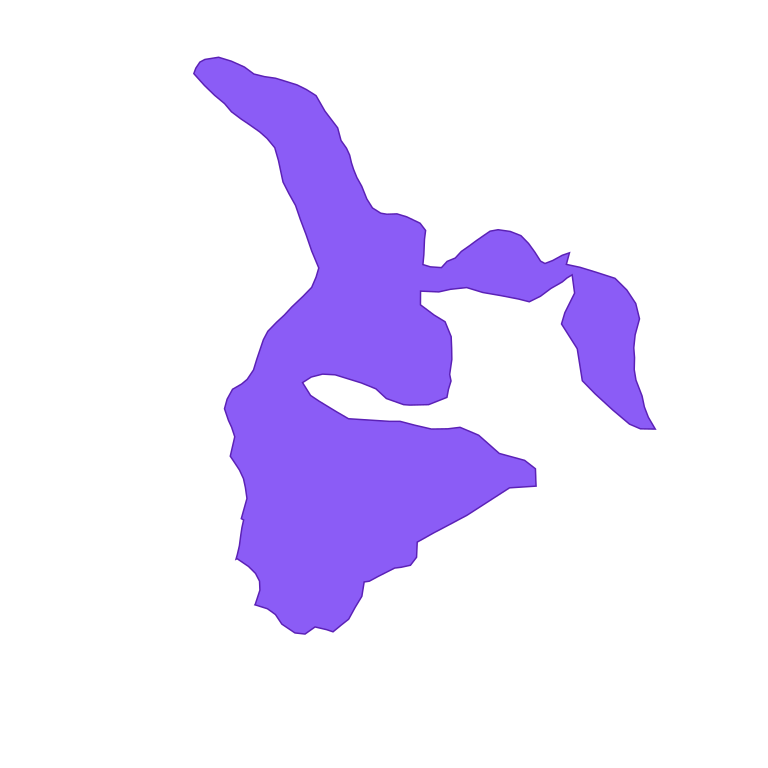 outline of Samukh District, Samux, Azerbaijan, rotated 17°
{"feature_id": "54616110B65018719015844", "entity_name": "Samukh District", "entity_type": "district", "adm_level": 2, "iso_a3": "AZE", "parent_name": "Azerbaijan", "parent_adm1": "Samux", "projection": "orthographic", "projection_center": [46.456, 40.939], "detail": "fine", "context": "isolated", "style": "filled", "palette": "violet", "viewbox_px": 768, "rotation_deg": 17, "n_neighbors": 0, "source": "geoboundaries", "source_scale": "gbopen_adm2", "svg_char_len": 2774}
<svg xmlns="http://www.w3.org/2000/svg" viewBox="0 0 768 768"><g transform="rotate(17 384 384)"><path d="M325.1,632.9L338.2,633.0L347.6,636.2L356.5,643.5L371.6,648.1L381.6,646.2L389.1,636.5L401.0,635.7L407.7,635.9L412.3,629.0L413.4,627.3L419.0,619.2L421.7,606.2L424.9,593.5L422.9,579.1L427.6,576.9L434.6,569.8L448.0,556.9L453.9,554.3L462.3,549.6L465.8,540.2L462.0,525.5L475.4,511.5L484.7,502.3L501.8,485.2L534.4,446.6L559.3,437.2L557.4,431.9L555.9,427.4L553.6,420.8L540.8,415.9L514.5,416.7L489.5,405.3L469.4,403.2L458.1,408.2L442.6,413.2L425.4,414.4L410.3,415.0L399.8,418.2L360.2,427.6L347.4,424.6L339.5,422.6L327.0,419.4L317.1,416.4L305.7,406.5L312.4,398.6L322.4,392.5L334.6,389.5L362.0,389.6L377.7,391.0L390.5,397.2L408.8,398.0L414.9,396.6L432.7,390.7L448.1,378.4L447.2,370.2L447.2,361.5L444.0,355.6L441.7,340.7L438.2,329.9L434.4,319.1L424.2,306.6L411.7,303.4L395.7,297.6L391.8,284.5L409.5,279.9L419.9,274.0L434.9,267.6L451.7,267.6L469.9,265.3L488.0,263.4L498.9,262.9L508.0,254.3L515.7,243.8L524.7,234.2L527.9,229.2L532.0,224.6L539.7,241.4L536.1,262.9L536.2,274.7L558.5,293.8L572.7,322.9L588.6,331.6L610.4,342.0L630.5,350.6L642.3,351.9L656.6,347.8L646.5,338.5L639.7,329.8L634.3,320.0L623.8,306.6L619.1,297.1L615.9,285.6L612.3,276.4L609.8,263.6L609.3,247.0L601.2,233.4L588.7,223.1L574.0,215.4L554.2,215.1L537.3,215.1L523.4,216.3L523.0,204.3L516.8,208.8L509.2,216.6L502.7,221.7L497.8,220.7L489.7,213.8L481.1,207.3L471.6,202.1L460.1,201.2L448.0,203.1L440.8,206.8L436.7,211.9L430.4,219.9L425.0,227.2L419.2,234.6L415.3,242.7L408.5,248.3L404.9,255.9L394.1,258.4L386.3,258.4L384.3,248.7L380.4,233.7L378.9,225.0L371.5,219.7L357.0,217.5L346.7,217.5L337.1,220.8L330.9,221.6L321.5,219.0L313.5,212.1L304.9,201.4L297.7,194.5L292.1,187.6L288.2,182.0L284.2,175.1L279.2,169.5L271.7,163.7L264.8,152.6L247.7,140.3L234.7,128.1L223.7,125.1L213.5,123.4L202.2,123.3L190.9,123.3L179.9,125.0L168.9,125.6L157.9,121.7L143.7,119.9L130.3,119.9L117.8,126.0L113.8,130.0L111.7,137.0L111.5,140.4L111.4,142.7L111.4,142.8L125.0,151.0L137.7,157.5L149.6,162.5L158.6,168.3L169.9,172.4L179.7,175.4L191.3,179.2L200.3,183.3L210.5,190.0L211.3,191.3L217.7,201.1L222.9,210.5L228.4,220.4L237.4,229.7L247.2,239.1L255.9,251.1L265.8,263.9L276.0,278.0L287.7,292.1L287.8,301.6L286.6,312.7L281.1,323.5L273.2,337.5L268.6,347.1L263.3,356.2L257.5,367.5L255.7,376.9L255.1,397.6L255.1,408.7L251.8,419.6L247.8,425.7L240.7,433.3L238.4,444.4L238.7,454.3L245.9,464.3L250.9,469.9L256.7,478.1L258.1,498.0L260.7,500.1L262.8,501.8L270.9,508.5L277.3,515.6L281.7,523.5L286.4,533.5L286.9,554.5L289.5,555.0L290.1,562.7L291.2,570.2L293.0,581.0L293.6,589.9L293.7,594.8L294.6,594.0L302.0,596.3L307.8,598.1L309.1,598.8L316.5,602.7L322.6,608.9L325.6,617.4L325.3,632.2L325.1,632.9Z" fill="#8b5cf6" stroke="#5b21b6" stroke-width="1.5"/></g></svg>